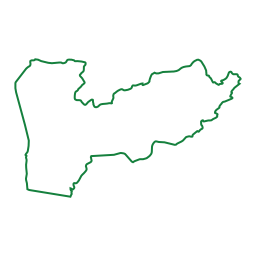 SVG path tracing the border of Farah
{"feature_id": "AFG-1749", "entity_name": "Farah", "entity_type": "Province", "adm_level": 1, "iso_a3": "AFG", "parent_name": "Afghanistan", "parent_adm1": "", "projection": "albers", "projection_center": [62.843, 32.453], "detail": "fine", "context": "isolated", "style": "outline", "palette": "green", "viewbox_px": 256, "rotation_deg": 0, "n_neighbors": 0, "source": "natural_earth", "source_scale": "10m", "svg_char_len": 5599}
<svg xmlns="http://www.w3.org/2000/svg" viewBox="0 0 256 256"><path d="M70.4,196.7L29.2,190.0L27.4,189.2L26.9,183.2L26.1,180.0L26.0,178.5L26.8,173.8L26.2,167.8L26.1,164.7L26.6,160.7L26.5,159.3L26.1,158.0L26.0,157.3L26.5,155.9L26.1,155.5L25.7,155.3L25.5,154.9L26.0,153.9L27.4,152.1L27.8,151.0L28.6,145.9L28.8,140.6L24.9,124.7L16.1,92.3L15.4,88.2L15.4,83.1L15.7,82.2L26.2,68.6L27.8,67.2L29.6,66.1L30.2,65.4L30.5,64.1L30.4,63.0L30.2,62.0L30.4,61.0L31.4,60.4L33.9,60.3L34.7,60.0L35.2,59.3L38.1,59.7L41.2,61.1L48.2,62.8L51.9,63.2L59.6,62.5L60.6,62.5L61.3,62.6L62.4,63.2L62.9,63.2L63.7,63.2L65.2,62.7L65.8,62.3L66.2,61.9L66.9,60.6L67.3,60.1L67.8,59.8L69.0,59.6L71.5,59.7L74.0,60.3L74.8,61.1L75.7,61.2L77.4,61.1L81.4,61.5L85.0,62.3L85.5,62.8L85.6,63.2L85.6,63.9L85.5,64.4L85.3,64.9L85.0,65.2L84.3,66.0L84.1,66.3L83.9,66.7L83.9,67.2L83.8,70.0L83.6,70.9L83.3,71.4L82.3,72.4L81.5,72.9L81.3,73.2L80.8,73.9L80.1,74.6L79.9,74.9L79.9,75.5L80.1,76.0L82.2,78.3L84.6,82.3L84.5,83.0L84.0,83.6L82.5,84.8L82.0,85.2L81.1,86.5L79.2,88.3L78.5,88.8L78.3,89.2L77.8,90.2L77.5,90.5L77.2,90.8L76.0,91.5L75.7,91.8L75.5,92.1L75.1,93.1L74.8,95.2L74.7,97.5L74.8,98.6L75.1,99.3L75.6,99.6L76.1,99.9L76.7,100.1L79.9,100.2L80.5,100.4L80.9,100.6L81.2,101.1L81.8,102.1L83.8,104.2L84.5,104.7L85.0,104.8L85.4,104.8L86.2,104.3L88.2,102.0L91.0,100.0L91.8,99.6L92.6,99.7L92.8,99.8L92.9,100.0L93.0,101.7L93.1,102.5L93.4,103.4L93.4,104.4L93.6,104.9L94.0,105.7L94.2,106.2L94.6,106.8L95.3,107.1L96.0,107.2L96.8,107.1L98.1,106.5L99.7,105.0L100.1,104.7L101.0,104.3L102.6,104.0L107.0,103.6L109.1,103.2L110.3,103.2L111.3,103.4L111.7,103.3L111.9,103.2L111.8,102.0L111.8,101.6L113.3,98.4L113.4,97.9L113.4,97.2L113.3,96.5L113.2,96.0L113.3,95.3L113.6,94.2L114.0,93.7L114.3,93.4L115.2,92.9L116.6,91.7L118.2,90.6L120.4,89.5L121.1,89.3L121.9,89.2L122.4,89.4L123.8,90.2L124.6,90.3L125.0,90.3L127.8,89.8L130.0,89.0L130.8,88.6L131.4,88.1L131.7,87.6L131.9,87.1L132.0,86.5L132.4,85.9L132.7,85.6L133.0,85.4L135.1,85.6L135.8,85.5L136.7,85.3L141.1,83.7L142.5,83.5L142.5,84.4L142.5,84.8L142.7,85.0L143.0,85.1L147.7,83.3L149.2,81.9L149.3,81.6L149.5,81.2L149.4,80.9L149.6,80.1L149.9,78.9L150.8,76.4L151.4,75.1L151.9,74.3L152.3,74.0L153.5,73.4L154.5,72.7L156.2,73.4L158.1,73.4L158.8,73.3L162.9,72.0L173.8,71.5L176.6,71.0L178.7,70.1L180.8,68.4L181.9,67.7L183.6,67.0L185.9,66.5L189.5,66.1L190.3,65.7L191.0,65.1L191.8,63.8L192.9,62.5L193.6,61.8L194.7,61.0L197.1,59.8L198.4,59.7L200.4,60.7L201.3,61.5L204.4,66.5L206.1,70.4L206.2,70.9L206.2,71.9L206.4,73.1L206.4,74.0L206.4,74.6L206.6,74.9L206.8,75.2L207.5,75.5L208.0,75.6L208.6,75.6L208.9,75.8L209.1,76.1L209.5,77.1L209.7,77.3L210.4,77.9L210.9,78.4L212.5,81.6L212.9,82.2L213.2,82.5L214.2,82.2L214.6,82.2L214.9,82.3L216.2,83.5L218.5,84.8L218.8,84.8L218.9,84.7L219.5,84.2L219.9,84.0L220.4,83.9L221.9,83.8L222.4,83.6L222.6,83.4L222.7,83.1L222.6,82.8L222.4,82.6L221.3,81.4L221.1,81.1L221.2,80.9L221.5,80.6L221.8,80.5L223.3,80.1L224.2,79.6L225.2,79.0L225.9,78.5L226.5,77.9L226.9,77.3L227.7,75.9L228.9,72.6L229.5,72.0L230.4,71.7L231.0,71.8L231.3,72.0L231.5,72.2L231.7,72.8L232.4,73.6L233.1,74.1L233.5,74.2L233.9,74.3L234.6,74.2L236.4,74.2L237.1,74.3L237.4,74.5L237.7,74.9L237.8,75.7L238.2,76.5L239.9,77.7L240.6,78.7L240.6,78.9L240.5,79.2L238.8,80.7L238.6,81.2L238.5,81.7L238.5,82.6L238.6,83.3L239.5,83.8L234.7,87.6L234.1,88.2L233.7,88.8L233.2,89.4L232.2,90.5L231.7,91.2L231.4,91.8L231.4,92.2L231.5,92.3L231.8,92.5L232.0,92.8L231.9,93.2L231.6,93.6L231.1,94.5L230.3,96.1L230.3,96.5L230.5,96.7L231.8,97.2L232.3,97.6L232.4,97.8L232.4,98.1L232.1,98.4L231.7,98.7L224.7,101.6L223.5,101.8L223.0,102.0L222.5,102.4L222.0,102.9L221.3,103.9L220.5,104.8L219.6,106.1L219.4,106.5L219.4,106.8L219.5,107.2L219.3,107.7L218.7,108.2L216.5,109.8L215.6,110.8L215.1,111.8L215.0,112.6L215.0,112.8L215.1,113.0L215.3,113.1L216.1,113.3L217.4,114.1L217.5,114.4L217.5,114.7L217.2,115.4L217.1,115.8L217.2,116.6L216.7,117.1L215.8,117.8L213.2,119.0L211.5,120.2L210.9,120.4L208.1,120.5L204.2,121.4L203.7,121.4L203.3,121.3L203.1,120.9L203.0,120.4L202.9,120.3L202.6,120.3L202.1,120.5L201.3,121.2L201.1,121.6L201.1,123.0L201.2,124.4L201.3,124.7L201.4,125.0L202.0,125.6L202.2,126.0L202.6,127.3L202.6,127.8L202.5,128.3L202.2,128.7L201.3,129.1L200.6,129.6L199.8,130.3L199.1,131.3L198.8,131.6L198.5,131.7L198.1,131.6L197.6,131.1L197.3,131.1L196.9,131.4L193.1,134.5L192.8,134.9L192.6,135.2L192.5,136.1L192.4,136.5L192.0,136.7L191.2,136.7L189.5,136.3L189.0,136.3L186.6,136.9L186.0,137.2L183.1,140.4L182.4,140.9L181.5,141.5L177.2,143.6L175.9,144.7L174.6,144.8L164.4,142.3L158.9,142.0L156.3,141.4L155.6,141.4L155.1,141.6L154.6,141.9L153.5,143.2L153.0,144.0L152.6,144.7L152.1,146.2L152.0,147.0L151.8,151.7L151.7,152.5L151.5,153.2L151.2,153.9L150.6,154.7L149.9,155.6L148.9,156.5L146.9,158.0L146.0,158.4L143.1,159.2L140.0,159.2L139.5,159.3L134.5,161.2L133.0,162.2L132.3,161.9L131.7,161.5L125.2,154.1L124.3,153.6L123.7,153.4L121.9,153.1L120.8,153.0L120.1,153.1L114.0,154.8L91.3,156.1L91.0,156.7L90.9,156.9L90.9,157.2L90.9,157.5L91.1,157.9L91.2,158.9L91.6,160.5L91.5,161.0L91.3,161.5L90.6,162.2L87.1,164.0L86.6,164.4L86.2,165.0L86.0,165.7L85.9,166.2L86.0,166.5L86.4,167.9L86.6,169.0L86.6,169.3L86.4,170.0L86.0,170.7L85.3,171.6L83.6,173.5L82.8,174.2L81.4,175.7L78.9,180.4L77.1,182.7L75.9,183.3L74.4,183.1L73.8,183.3L73.6,183.6L73.5,184.0L73.5,184.9L73.7,185.8L74.1,186.5L74.3,187.3L74.2,188.0L73.9,188.5L73.1,189.3L72.6,189.5L72.2,189.6L71.7,189.0L71.3,189.4L71.2,189.3L70.9,188.6L70.5,188.4L70.5,188.7L70.5,189.2L70.9,190.4L71.3,190.9L71.8,191.4L71.8,191.5L71.5,192.6L71.4,192.9L71.7,193.8L71.6,194.2L71.2,194.8L70.4,196.7Z" fill="none" stroke="#15803d" stroke-width="2"/></svg>